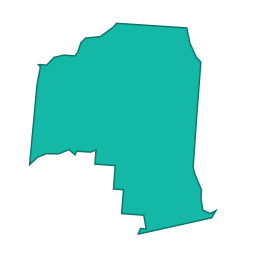 outline of Putnam, Florida, United States of America, rotated 5°
{"feature_id": "52423323B20904030146167", "entity_name": "Putnam", "entity_type": "district", "adm_level": 2, "iso_a3": "USA", "parent_name": "United States of America", "parent_adm1": "Florida", "projection": "equal_earth", "projection_center": [-81.769, 29.582], "detail": "fine", "context": "isolated", "style": "filled", "palette": "teal", "viewbox_px": 256, "rotation_deg": 5, "n_neighbors": 0, "source": "geoboundaries", "source_scale": "gbopen_adm2", "svg_char_len": 691}
<svg xmlns="http://www.w3.org/2000/svg" viewBox="0 0 256 256"><g transform="rotate(5 128 128)"><path d="M177.8,23.2L107.4,24.7L104.6,28.8L92.4,39.4L78.0,42.1L73.6,47.3L71.3,57.3L68.8,60.8L57.6,61.0L48.2,64.1L41.5,72.5L35.4,72.5L33.4,72.7L35.4,74.7L33.6,92.5L33.2,173.1L40.5,164.9L48.9,160.7L61.2,159.8L71.0,154.7L77.7,159.4L78.7,155.6L92.6,155.3L98.1,152.8L98.2,166.9L118.5,166.5L118.9,190.1L128.9,189.9L129.1,213.8L151.3,213.5L155.0,227.2L149.2,227.0L147.5,232.8L219.2,210.1L222.8,202.6L217.4,206.0L209.7,203.4L206.9,192.2L206.7,183.5L198.1,167.1L196.3,161.3L195.4,111.6L195.0,71.4L194.8,56.0L190.0,51.7L182.3,38.3L177.8,23.2Z" fill="#14b8a6" stroke="#0f766e" stroke-width="1.5"/></g></svg>